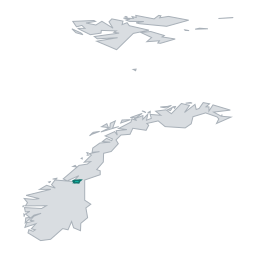 Stjørdal nor, Nord-Trøndelag, Norway (highlighted)
{"feature_id": "86288312B10441547296233", "entity_name": "Stjørdal nor", "entity_type": "district", "adm_level": 2, "iso_a3": "NOR", "parent_name": "Norway", "parent_adm1": "Nord-Trøndelag", "projection": "natural_earth1", "projection_center": [11.003, 63.463], "detail": "fine", "context": "in_parent", "style": "filled", "palette": "teal", "viewbox_px": 256, "rotation_deg": 0, "n_neighbors": 0, "source": "geoboundaries", "source_scale": "gbopen_adm2", "svg_char_len": 4455}
<svg xmlns="http://www.w3.org/2000/svg" viewBox="0 0 256 256"><path d="M158.2,120.9L146.8,123.5L148.7,125.3L146.1,130.3L132.8,128.3L130.0,134.3L121.0,135.0L116.0,139.9L118.3,143.7L111.2,151.5L103.6,153.3L103.3,162.0L96.7,169.6L100.2,170.8L100.2,174.7L84.7,180.0L84.7,200.2L90.8,204.2L85.9,207.9L87.6,217.7L80.8,223.3L80.5,230.7L73.6,227.8L71.6,221.5L68.0,229.8L62.7,228.6L50.6,239.3L40.6,240.6L28.0,232.9L28.9,229.7L33.0,231.3L35.3,229.8L31.3,228.8L35.9,223.7L24.9,227.4L26.5,222.8L34.3,220.9L30.2,220.4L33.8,216.3L41.1,213.3L34.0,215.1L25.2,222.8L25.8,217.9L29.9,217.5L25.4,214.0L29.8,211.4L25.3,211.9L24.5,207.6L41.6,208.5L46.4,205.7L25.4,205.9L27.5,202.7L24.2,198.5L33.3,199.4L39.3,198.6L26.1,195.4L50.9,189.3L39.6,189.4L46.6,185.3L55.3,188.1L51.5,184.7L55.0,180.0L73.0,181.5L78.8,175.7L67.2,180.9L63.2,178.9L79.0,165.4L87.3,164.1L90.6,161.6L84.2,162.2L91.4,155.1L89.4,153.6L99.5,151.6L92.1,152.3L92.8,148.0L99.9,143.0L110.3,142.2L102.5,141.5L106.6,138.3L111.7,140.7L112.4,138.9L105.2,135.9L114.7,131.6L117.3,135.2L116.2,130.7L126.9,129.6L118.6,128.5L130.9,122.1L131.9,118.9L136.7,120.5L134.7,118.7L142.9,115.6L142.8,119.4L147.8,114.1L146.5,120.2L151.3,118.4L150.2,114.4L160.8,115.3L155.6,111.2L165.9,109.8L171.4,113.7L181.4,103.5L189.5,105.4L184.5,112.5L195.0,104.4L196.2,109.5L199.2,108.4L203.2,102.6L209.5,103.8L206.0,106.8L209.0,106.9L208.9,111.1L213.0,104.9L230.3,110.1L213.6,112.1L221.2,116.2L231.0,117.1L216.5,123.5L218.8,118.9L217.0,116.9L205.6,112.9L193.0,116.7L191.2,123.8L185.2,127.9L165.1,126.6L158.2,120.9ZM111.8,18.9L123.0,21.1L122.1,24.6L127.1,22.7L129.3,25.7L149.0,30.2L133.3,33.4L116.6,49.7L96.7,41.2L117.6,37.7L97.3,38.8L94.3,36.5L119.1,33.1L113.9,32.3L116.2,30.9L101.3,30.4L101.0,33.1L90.4,34.7L77.6,28.4L85.0,28.4L81.9,25.4L76.5,26.8L72.8,21.4L93.9,20.5L95.5,21.4L86.0,23.0L95.9,25.0L101.9,21.3L113.0,28.2L109.0,21.8L111.8,18.9ZM135.8,15.4L154.1,18.9L158.7,15.4L160.9,15.8L159.7,17.8L168.5,16.4L188.7,20.2L166.7,26.3L139.4,23.7L136.1,22.8L143.8,21.5L129.3,21.4L125.9,20.0L130.1,19.1L123.4,18.2L133.4,18.4L132.1,16.6L136.2,17.5L135.8,15.4ZM150.7,31.5L164.3,35.5L162.1,36.9L175.2,39.0L160.5,43.3L157.8,43.0L159.4,40.8L146.8,41.7L151.6,37.5L140.9,32.5L150.7,31.5ZM112.6,128.2L118.8,126.6L100.8,132.0L109.9,127.6L110.3,123.3L115.3,120.9L112.6,128.2ZM122.1,120.0L130.5,119.7L120.7,123.0L122.1,120.0ZM130.3,117.6L142.2,113.4L136.0,117.8L130.3,117.6ZM71.9,28.8L80.9,32.9L83.0,34.7L75.9,32.7L71.9,28.8ZM106.8,123.7L108.4,127.6L101.6,126.7L106.8,123.7ZM171.4,105.4L166.9,108.1L160.3,107.0L167.7,106.4L171.4,105.4ZM172.4,107.4L170.5,110.6L167.7,109.7L172.4,107.4ZM93.3,132.3L99.7,131.4L92.7,134.0L93.3,132.3ZM232.7,17.7L218.4,18.5L233.2,17.5L232.7,17.7ZM199.4,28.2L207.9,28.8L195.1,29.2L199.4,28.2ZM185.6,103.2L190.4,102.5L192.1,103.1L185.6,103.2ZM175.5,106.5L174.6,108.3L173.2,106.8L175.5,106.5ZM150.2,111.3L150.2,113.0L148.3,112.4L150.2,111.3ZM136.1,69.1L135.6,70.7L133.2,69.4L136.1,69.1ZM189.1,30.6L185.1,30.4L184.7,29.8L189.1,30.6ZM75.2,165.4L76.5,166.9L72.9,166.5L75.2,165.4ZM141.9,110.9L144.4,111.5L145.9,112.6L141.9,110.9ZM125.9,16.4L127.6,17.3L125.0,16.9L125.9,16.4ZM56.7,178.9L52.6,179.1L56.9,178.2L56.7,178.9ZM50.8,181.4L49.3,182.6L48.6,182.0L50.8,181.4ZM91.7,134.4L89.5,135.8L91.9,133.4L91.7,134.4ZM24.6,214.6L24.1,216.7L23.9,214.0L24.6,214.6ZM87.7,153.9L86.8,152.7L88.1,152.8L87.7,153.9ZM222.1,114.5L221.8,115.9L221.6,115.7L222.1,114.5ZM88.9,155.1L86.6,155.3L89.4,154.8L88.9,155.1ZM82.1,157.8L82.3,158.9L81.2,158.5L82.1,157.8ZM23.8,205.8L22.8,207.1L23.0,206.0L23.8,205.8Z" fill="#d9dde1" stroke="#a8b0b8" stroke-width="1"/><path d="M81.0,180.1L80.9,180.1L80.7,180.1L80.4,180.1L80.2,180.0L79.9,180.1L80.0,180.1L79.9,180.1L79.7,180.2L79.4,180.0L78.5,180.3L78.4,180.3L78.2,180.3L78.2,180.2L77.0,180.3L76.8,180.3L76.7,180.3L76.4,180.3L76.2,180.3L75.5,180.4L75.1,180.3L74.4,180.4L74.4,180.5L74.2,180.5L73.9,180.6L73.7,180.6L73.4,180.6L73.2,180.6L73.1,180.8L73.0,181.0L73.3,181.3L73.5,181.4L73.8,181.4L74.0,181.3L74.3,181.4L74.3,181.5L74.2,181.5L74.2,181.4L74.2,181.5L73.9,181.6L74.1,181.6L74.3,181.6L74.2,181.6L74.3,181.6L74.2,181.6L73.9,181.7L73.8,181.8L73.8,182.0L73.9,182.3L73.7,182.6L73.8,182.6L74.4,182.8L74.7,182.9L74.9,182.8L75.0,182.8L75.3,182.8L75.8,182.8L76.0,182.8L76.4,182.7L76.6,182.7L76.9,182.7L77.3,182.8L78.8,182.9L79.2,182.0L79.3,181.6L79.4,181.4L79.5,181.4L79.6,181.2L80.0,180.9L80.3,180.6L80.6,180.4L80.8,180.3L81.0,180.1ZM74.0,182.7L73.9,182.7L74.0,182.7Z" fill="#14b8a6" stroke="#0f766e" stroke-width="1.5"/></svg>